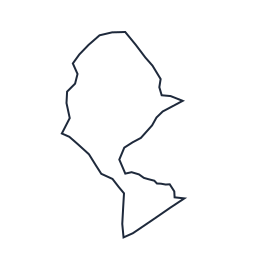 Artemi, Cyprus, rotated 152°
{"feature_id": "46923920B3651826109354", "entity_name": "Artemi", "entity_type": "district", "adm_level": 2, "iso_a3": "CYP", "parent_name": "Cyprus", "parent_adm1": "", "projection": "robinson", "projection_center": [33.718, 35.325], "detail": "fine", "context": "isolated", "style": "outline", "palette": "slate", "viewbox_px": 256, "rotation_deg": 152, "n_neighbors": 0, "source": "geoboundaries", "source_scale": "gbopen_adm2", "svg_char_len": 824}
<svg xmlns="http://www.w3.org/2000/svg" viewBox="0 0 256 256"><g transform="rotate(152 128 128)"><path d="M111.3,39.4L119.4,44.9L116.9,50.3L117.2,54.0L117.6,58.7L121.3,60.4L125.1,63.4L128.5,65.4L129.5,69.1L134.3,73.5L137.4,76.5L140.1,81.9L145.6,87.3L151.8,89.0L150.5,104.2L140.5,112.4L130.5,113.2L121.3,113.2L105.5,119.0L97.9,123.9L89.6,126.3L77.9,126.3L67.0,126.3L75.4,136.2L82.9,141.1L81.2,149.3L76.2,155.9L77.1,171.5L79.6,182.1L82.1,197.7L85.4,214.1L88.9,215.8L97.1,219.9L109.6,223.2L123.8,219.9L136.4,215.8L146.4,210.9L147.2,199.4L153.9,192.0L164.7,188.7L170.6,178.9L174.8,164.1L189.0,154.2L183.9,147.7L179.8,137.0L174.8,123.1L173.9,109.9L173.1,100.1L165.6,90.3L163.9,80.4L162.2,72.2L169.7,59.9L178.1,46.0L183.3,33.5L173.1,32.8L149.7,35.3L128.0,37.8L111.3,39.4Z" fill="none" stroke="#1e293b" stroke-width="2"/></g></svg>